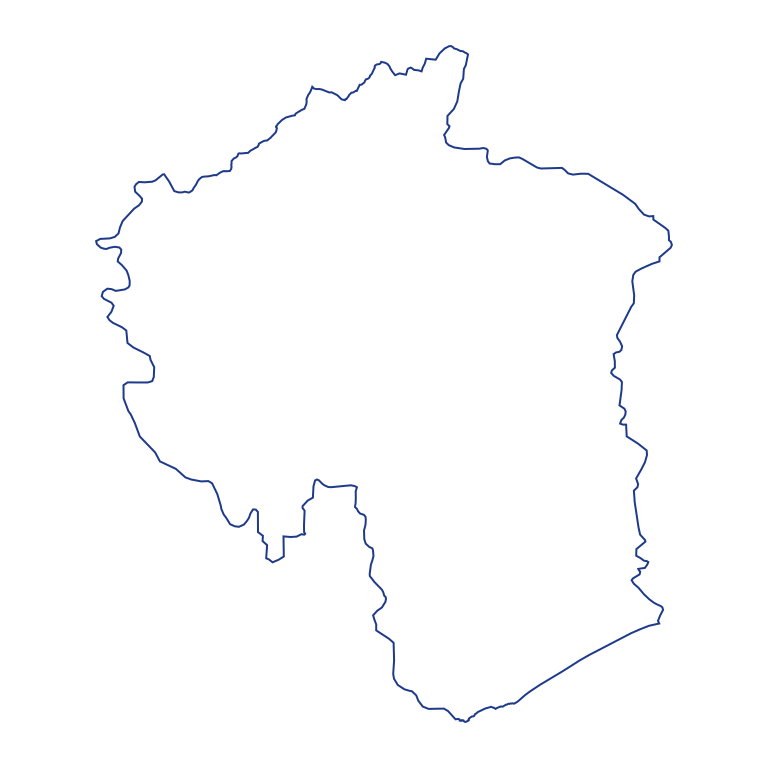 San Carlos, Maldonado, Uruguay (Robinson projection)
{"feature_id": "84410073B16503485399058", "entity_name": "San Carlos", "entity_type": "district", "adm_level": 2, "iso_a3": "URY", "parent_name": "Uruguay", "parent_adm1": "Maldonado", "projection": "robinson", "projection_center": [-54.965, -34.66], "detail": "fine", "context": "isolated", "style": "outline", "palette": "blue", "viewbox_px": 768, "rotation_deg": 0, "n_neighbors": 0, "source": "geoboundaries", "source_scale": "gbopen_adm2", "svg_char_len": 6034}
<svg xmlns="http://www.w3.org/2000/svg" viewBox="0 0 768 768"><path d="M272.6,562.3L278.7,559.7L283.8,556.5L283.5,536.4L290.7,537.0L296.6,536.6L301.5,534.2L304.2,534.7L305.2,533.8L304.1,532.1L304.0,525.2L304.6,510.7L302.5,507.9L302.6,506.1L307.7,500.6L312.9,497.6L313.5,486.2L315.1,480.5L316.9,479.5L318.9,480.3L322.3,483.8L324.4,485.3L328.2,487.0L331.0,487.2L350.9,485.3L354.5,486.0L356.9,487.2L355.7,491.4L355.8,498.0L355.6,503.2L355.0,507.0L357.0,509.0L358.1,511.3L360.0,513.5L363.9,514.8L365.5,516.7L365.8,519.8L365.5,524.7L364.0,530.6L364.3,539.2L365.7,543.6L369.1,546.8L372.4,548.4L373.0,550.4L373.5,556.0L372.3,560.5L370.9,564.8L369.7,573.8L369.8,576.0L374.4,582.0L381.9,589.7L383.2,592.1L384.2,595.6L385.6,597.0L386.0,598.9L385.4,601.9L381.9,607.5L377.2,610.8L373.1,615.3L374.3,619.3L376.2,624.5L376.2,630.4L388.9,638.7L393.6,642.8L394.1,660.3L393.2,673.9L394.0,678.7L397.8,685.0L404.4,689.3L409.4,690.8L411.8,691.2L416.2,695.3L418.3,700.7L422.8,706.6L428.6,708.9L443.8,708.6L448.0,711.0L455.5,719.3L458.3,718.9L459.1,719.2L459.7,720.0L459.7,720.5L460.2,720.4L460.7,720.7L461.2,720.2L461.6,720.2L462.0,720.7L462.8,720.2L463.5,720.5L463.5,720.8L464.5,721.7L465.6,721.9L467.0,721.4L467.7,720.7L468.5,720.7L468.9,720.0L468.6,719.7L468.7,719.1L469.2,718.3L471.8,716.5L473.6,716.3L474.2,715.8L475.2,714.0L476.2,713.5L477.9,712.0L485.3,708.5L491.2,706.8L493.4,707.8L493.9,707.7L495.6,708.9L497.1,707.9L501.0,706.4L502.1,706.7L503.0,706.5L505.9,704.7L506.6,704.7L508.7,703.7L509.6,703.9L510.8,703.4L511.7,703.6L512.7,703.3L514.0,703.7L517.4,701.8L525.2,695.0L529.6,691.7L540.0,684.8L562.4,671.4L579.7,660.4L589.5,654.8L631.1,633.2L640.5,629.1L648.9,625.8L659.2,623.5L658.0,620.8L660.2,615.4L663.1,609.8L662.3,607.2L660.6,606.0L656.6,604.2L653.7,602.6L649.4,599.4L644.0,594.3L638.5,587.8L633.8,583.7L631.6,580.2L633.1,578.3L639.6,574.4L640.2,571.7L638.8,570.1L638.3,568.9L644.9,567.9L647.2,564.7L648.3,562.1L647.0,561.2L644.0,560.7L640.5,558.1L636.2,555.7L636.4,549.1L645.4,541.6L645.1,540.1L640.1,534.6L638.5,527.3L634.7,502.1L633.9,490.6L637.4,487.3L638.1,484.1L636.1,478.5L641.7,468.7L645.0,462.1L647.0,455.0L646.7,450.5L638.0,443.6L626.7,436.4L626.1,424.6L622.8,424.6L620.1,423.6L621.4,420.0L623.9,417.6L625.3,414.7L625.7,411.4L624.4,408.7L619.5,405.4L621.6,389.9L621.9,381.9L620.0,379.5L613.8,375.9L611.2,373.0L611.9,370.4L614.9,367.7L614.8,361.2L613.6,354.1L616.1,352.4L619.4,351.8L621.4,349.9L622.1,346.2L620.0,341.6L617.4,338.0L616.9,335.1L631.2,306.9L633.8,303.3L634.2,295.4L632.3,281.3L633.3,274.9L635.7,271.6L641.9,268.3L651.8,263.9L659.5,261.4L659.5,257.3L670.6,247.8L671.9,244.9L670.9,241.9L668.9,240.1L669.0,236.6L668.3,230.7L665.5,228.1L653.4,219.6L653.3,216.1L649.1,216.4L644.0,214.6L638.7,208.9L635.4,204.0L623.0,194.8L588.2,173.8L580.9,173.7L573.0,174.6L568.1,173.4L564.9,170.1L562.0,167.9L540.8,168.5L537.0,167.5L522.3,158.9L519.0,157.4L514.8,157.6L509.8,158.4L504.7,160.5L500.2,164.2L495.1,164.2L489.6,163.5L487.9,161.2L486.9,157.1L487.8,150.4L486.4,148.8L483.4,148.0L479.2,148.7L464.4,149.0L454.0,147.4L448.7,145.1L446.1,142.5L445.2,137.5L444.1,135.0L448.9,128.0L449.5,126.2L447.3,124.1L447.5,115.9L453.9,108.9L457.3,101.4L458.9,91.5L460.6,83.4L463.2,78.8L463.9,69.0L465.8,65.2L468.0,54.4L466.5,53.2L464.8,52.5L462.8,51.2L460.4,51.0L456.8,49.2L454.0,48.4L452.9,47.1L451.1,46.1L449.3,46.1L444.8,48.4L439.5,53.4L435.7,59.7L426.2,58.7L424.8,63.6L422.6,67.9L421.6,71.4L418.7,70.4L414.1,69.9L411.9,68.2L410.7,67.6L408.2,68.6L407.5,69.5L406.0,74.7L399.6,73.4L395.1,75.2L392.0,71.2L390.1,68.0L389.5,66.4L387.5,64.0L384.7,62.6L381.1,61.9L380.5,63.3L379.4,64.1L376.6,64.5L375.0,65.6L374.6,66.6L374.8,67.6L372.6,72.0L372.0,73.6L370.0,75.7L370.0,76.4L369.0,78.0L367.8,78.8L366.0,79.3L365.0,80.8L364.4,82.4L361.9,84.4L360.8,84.8L359.7,84.8L356.8,90.9L356.1,90.7L353.1,92.5L351.4,92.7L349.0,95.2L348.6,96.1L346.4,99.1L345.5,99.1L344.9,100.2L341.5,99.3L337.4,95.2L331.6,92.3L329.4,92.5L321.8,89.5L319.2,89.0L316.3,89.1L314.3,88.6L313.4,88.2L312.6,86.9L312.3,86.7L311.0,90.3L309.6,93.0L308.3,94.8L306.9,97.9L306.4,99.8L306.7,101.4L306.3,104.3L304.4,108.8L301.7,109.9L296.1,113.3L295.3,114.2L295.1,115.1L294.8,115.4L292.7,115.6L285.9,117.5L282.1,119.9L277.6,124.2L276.9,125.6L276.0,126.5L276.0,126.9L276.9,128.1L276.1,131.6L275.6,132.5L270.6,137.7L267.3,140.4L264.0,140.9L259.4,143.3L259.0,143.7L258.7,145.0L258.2,145.5L257.6,146.9L256.1,147.5L250.1,150.9L248.3,152.8L241.0,153.5L239.4,153.3L238.4,153.7L237.3,156.4L235.9,157.5L233.8,158.5L231.6,161.0L231.5,164.3L231.2,165.0L231.6,167.0L231.2,168.0L231.3,168.8L229.8,171.0L225.6,171.3L225.0,171.0L224.1,171.3L223.4,171.1L220.1,172.6L216.3,175.3L214.7,175.0L208.6,176.3L203.2,176.7L201.8,177.1L199.2,179.2L197.7,181.2L196.1,184.5L193.6,188.1L192.4,190.4L189.4,192.4L188.5,192.5L184.8,191.7L182.2,192.4L178.6,192.4L174.3,191.1L169.0,181.3L164.1,174.3L162.8,174.4L155.6,180.3L152.3,181.7L144.7,182.3L138.8,182.0L136.0,184.3L134.5,186.7L135.1,191.6L140.0,196.3L142.0,198.7L141.9,201.6L139.0,205.3L134.2,208.6L122.7,221.0L120.0,227.4L118.5,233.4L114.8,236.9L109.8,238.4L100.3,238.9L96.1,241.1L96.9,244.2L100.7,247.6L103.6,248.6L106.3,249.0L109.7,247.7L115.0,246.8L119.3,247.5L121.2,249.5L121.1,252.9L118.2,258.4L117.7,261.4L121.9,265.1L126.6,270.6L128.3,275.0L129.7,280.8L129.6,285.3L128.4,287.4L125.0,289.4L115.8,290.9L111.5,289.1L107.3,288.7L102.9,291.9L101.7,296.2L104.0,298.9L111.5,302.7L113.7,305.8L111.4,311.8L107.4,317.0L109.6,320.3L113.0,322.9L121.9,327.2L126.3,330.5L127.5,343.0L133.4,347.5L143.1,352.3L149.8,356.0L150.5,359.8L154.2,367.2L153.8,377.0L152.2,381.1L147.7,382.5L127.6,382.4L123.5,385.2L123.6,398.4L128.4,411.1L130.7,414.3L134.9,423.2L139.8,436.5L155.2,452.5L159.9,461.4L175.9,468.9L185.4,477.4L191.2,479.5L201.2,481.4L208.4,481.1L212.1,483.3L217.3,494.1L220.7,505.4L221.3,508.8L223.7,514.5L226.2,517.8L230.1,524.2L234.8,526.3L238.9,526.8L243.9,524.6L246.9,521.0L249.0,517.8L250.4,513.6L253.0,509.4L255.8,509.6L257.9,511.9L258.0,532.1L262.9,535.8L262.6,541.1L267.1,545.1L266.2,558.3L268.7,559.3L272.6,562.3Z" fill="none" stroke="#1e3a8a" stroke-width="2"/></svg>